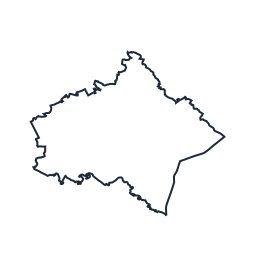 Duong Minh Chau, Tây Ninh, Vietnam, rotated 108°
{"feature_id": "81297802B96522155706340", "entity_name": "Duong Minh Chau", "entity_type": "district", "adm_level": 2, "iso_a3": "VNM", "parent_name": "Vietnam", "parent_adm1": "Tây Ninh", "projection": "orthographic", "projection_center": [106.272, 11.33], "detail": "fine", "context": "isolated", "style": "outline", "palette": "slate", "viewbox_px": 256, "rotation_deg": 108, "n_neighbors": 0, "source": "geoboundaries", "source_scale": "gbopen_adm2", "svg_char_len": 5841}
<svg xmlns="http://www.w3.org/2000/svg" viewBox="0 0 256 256"><g transform="rotate(108 128 128)"><path d="M199.0,65.2L198.6,64.8L191.9,67.3L189.4,67.6L182.7,67.5L177.9,67.3L165.5,67.3L160.4,69.2L158.3,69.3L155.6,68.5L152.7,68.2L145.9,68.3L143.5,68.2L134.5,56.7L129.3,49.3L127.3,47.2L124.1,44.9L118.2,41.3L106.6,33.6L106.1,34.5L104.7,38.0L103.9,44.7L103.2,45.6L102.6,45.8L101.5,47.1L101.2,48.8L100.5,51.3L100.2,51.7L98.8,52.8L98.1,54.1L97.1,55.7L97.2,57.7L97.1,58.4L96.6,58.8L96.5,59.1L97.0,60.3L97.8,61.5L96.8,62.2L95.3,62.4L94.6,62.2L94.0,61.7L93.5,61.5L91.4,61.2L90.4,65.1L89.3,66.0L88.9,67.8L88.4,68.1L88.5,69.0L89.1,70.2L89.2,71.3L88.8,71.7L86.0,73.0L85.9,73.7L86.4,74.3L86.4,74.7L85.7,75.4L85.5,76.4L85.1,77.0L82.3,76.0L81.9,77.5L81.7,79.5L82.9,81.9L81.7,82.4L81.2,82.3L80.8,83.4L82.1,84.0L84.1,86.0L85.8,87.9L85.8,88.1L85.2,88.2L84.9,88.4L85.0,89.3L85.4,89.9L86.0,90.0L87.0,88.4L89.2,90.0L88.5,90.2L88.3,90.9L87.8,91.5L87.4,92.4L87.3,93.3L86.4,94.6L86.6,96.9L86.4,99.2L85.7,101.8L84.9,103.2L84.5,102.9L83.2,104.0L80.7,104.6L80.5,105.3L80.2,105.6L80.0,106.2L80.4,106.8L80.9,108.6L80.6,108.6L80.4,108.8L80.4,110.6L80.2,110.6L79.4,110.0L79.3,112.4L77.9,111.8L77.6,112.4L76.6,112.4L76.2,111.4L74.0,112.8L73.5,114.0L72.6,114.5L71.7,117.6L70.4,118.6L69.8,119.3L69.5,120.3L67.4,121.1L66.9,122.7L66.8,123.9L65.7,125.1L65.1,126.9L65.0,129.1L64.6,129.7L64.3,129.6L63.5,130.0L62.5,131.3L62.4,132.0L62.6,132.3L62.3,133.4L62.7,133.9L62.0,134.4L60.5,134.6L59.2,134.2L58.0,134.2L58.6,138.3L56.7,137.7L56.3,137.8L55.4,138.3L54.9,139.0L54.1,144.6L54.2,146.1L54.4,146.9L55.1,147.4L55.1,147.7L54.7,148.3L56.3,150.5L56.1,151.4L55.9,151.8L56.4,151.8L57.7,151.0L59.1,149.6L59.7,148.5L60.3,146.6L61.6,147.9L62.4,148.1L62.9,148.4L63.8,150.3L64.1,151.4L63.8,152.2L64.6,154.1L64.8,154.2L68.9,153.6L69.5,151.0L68.9,150.3L71.1,148.5L74.3,148.7L77.3,152.4L77.6,153.9L78.0,153.8L78.3,154.1L78.6,153.8L80.2,153.1L80.3,153.2L80.6,154.6L85.6,153.6L86.8,154.5L87.1,154.1L87.9,154.5L88.6,153.9L90.3,153.9L90.5,154.2L90.8,156.3L91.8,159.0L92.8,160.2L93.0,161.1L94.3,162.5L94.7,163.1L94.8,164.8L94.7,165.1L94.1,165.4L93.6,168.2L93.5,170.9L93.0,170.9L93.1,173.6L93.4,173.8L96.8,173.7L96.9,172.7L97.5,171.8L98.4,171.2L98.8,170.7L99.3,168.1L100.1,167.1L100.0,166.1L100.8,166.2L100.6,169.0L101.5,169.9L100.8,171.8L100.9,172.4L101.2,172.7L101.5,172.5L102.9,170.9L104.6,169.7L105.3,170.4L104.5,171.4L109.3,175.9L104.4,181.0L107.2,183.8L110.0,187.8L111.6,187.8L111.5,186.1L112.6,186.0L113.0,186.9L113.2,192.4L113.4,193.8L114.1,194.1L114.6,193.9L116.8,193.9L117.6,194.6L115.7,196.9L116.3,197.4L117.0,196.5L118.1,197.5L117.7,198.1L120.9,200.0L121.6,200.1L122.7,198.2L123.3,198.7L124.0,198.9L124.1,199.3L123.8,200.0L123.7,200.8L125.4,201.8L126.4,203.2L127.4,204.3L128.1,204.7L130.6,208.6L132.8,207.1L133.4,206.9L135.2,206.7L137.1,207.1L138.0,207.7L138.0,208.1L138.5,208.8L139.2,210.5L140.0,211.3L140.6,212.4L141.8,209.7L142.3,210.0L142.8,210.7L143.0,211.3L144.0,213.3L144.3,215.2L144.7,216.4L144.4,217.0L146.0,218.2L148.1,218.6L147.5,220.3L148.2,221.1L150.2,220.6L152.1,222.4L164.8,209.7L166.9,212.1L167.5,211.9L169.4,209.7L170.6,209.6L172.5,208.6L172.8,208.9L173.7,207.9L172.7,206.2L171.5,201.5L171.2,201.0L176.2,199.5L176.5,199.7L177.5,199.8L178.0,200.2L180.5,198.5L180.9,198.8L181.7,199.8L182.4,201.0L182.9,201.3L183.1,202.4L183.6,203.0L183.7,203.8L185.4,205.8L186.2,205.6L186.7,205.8L187.1,205.6L187.5,205.7L188.6,204.7L189.0,204.5L189.4,203.7L190.4,203.2L191.4,203.2L192.0,203.5L192.9,203.7L193.1,204.2L193.6,204.2L193.9,204.6L194.3,204.6L194.6,205.7L196.0,204.3L196.1,203.9L196.5,199.7L197.0,197.7L198.0,191.0L198.4,189.7L196.8,187.8L196.3,185.6L195.2,184.1L196.2,183.5L195.3,182.7L193.5,182.4L193.3,181.9L193.4,181.0L193.7,180.3L196.6,177.8L197.6,177.5L199.4,177.4L199.4,176.3L199.7,175.6L200.3,175.1L201.8,174.9L201.9,174.2L201.5,173.2L200.6,172.6L200.2,172.6L199.2,173.7L198.4,173.9L194.7,173.2L193.1,172.8L192.8,172.6L194.0,170.9L194.3,170.1L194.5,167.8L195.2,165.9L195.0,163.7L195.9,161.5L195.8,161.1L195.1,160.9L194.8,160.5L194.6,159.2L194.9,158.9L196.0,158.7L196.7,158.3L196.6,157.8L196.0,157.1L195.8,155.8L195.5,155.7L195.2,156.0L194.8,156.6L194.4,157.4L194.1,157.6L194.1,156.1L193.6,155.6L191.0,154.8L190.4,154.8L189.3,156.1L188.6,157.4L188.7,158.1L189.5,159.2L189.4,159.4L189.1,159.5L188.3,159.3L187.2,158.4L186.5,157.5L186.3,156.8L186.7,155.3L186.9,154.3L186.5,152.7L186.6,152.2L186.9,151.8L187.2,151.8L189.0,152.2L189.1,151.9L188.6,151.0L187.5,149.9L186.2,149.2L185.6,149.3L185.3,149.6L184.9,150.0L184.7,150.5L184.9,151.1L185.6,152.2L186.1,153.2L185.9,153.4L184.8,153.2L184.6,152.9L184.5,152.3L183.4,151.7L182.9,151.0L182.9,147.9L183.1,147.4L184.4,146.2L184.9,145.1L187.1,139.4L187.2,138.3L189.2,133.2L189.3,132.0L189.0,131.6L188.2,131.6L187.9,131.4L187.9,130.6L188.4,129.8L188.5,128.9L188.2,128.5L187.6,128.4L186.7,128.8L185.9,128.9L184.6,126.0L181.4,123.4L179.3,122.4L178.4,121.8L177.4,120.2L177.1,118.9L177.3,118.3L177.8,117.6L179.6,116.7L179.8,115.8L180.7,114.7L180.5,114.0L179.9,112.9L179.8,112.1L180.1,111.5L181.6,110.4L182.0,108.4L183.3,107.7L183.5,106.4L182.7,105.8L182.8,105.0L183.2,104.8L183.9,105.0L184.9,105.6L185.8,106.5L186.3,106.7L186.9,106.5L188.0,105.7L189.0,106.1L189.6,105.3L190.7,101.6L190.6,101.4L190.3,101.4L189.5,102.9L189.2,102.9L189.1,102.0L189.8,99.8L189.7,99.2L189.1,97.7L189.2,96.5L189.9,95.0L190.4,94.6L190.7,94.8L190.8,96.0L191.3,96.8L191.6,96.9L192.1,96.7L192.5,96.2L192.5,95.2L191.6,94.1L192.1,92.4L191.7,91.5L191.8,90.4L191.4,89.1L192.7,87.9L193.6,86.8L194.1,84.1L194.4,83.5L195.0,83.5L196.1,85.0L196.7,85.1L196.9,84.6L196.6,84.2L196.8,83.1L196.5,82.6L196.6,82.2L198.1,82.2L198.3,81.9L197.8,81.0L198.3,79.8L197.9,78.8L198.5,77.1L198.4,76.8L197.7,76.7L197.5,76.3L197.7,76.0L198.8,76.0L198.5,74.7L198.9,74.1L197.8,73.3L197.9,72.2L197.7,70.0L198.3,66.4L198.6,65.5L199.0,65.2Z" fill="none" stroke="#1e293b" stroke-width="2"/></g></svg>